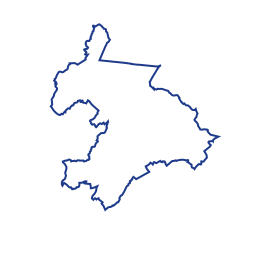 the district of El Arenal, Jalisco, Mexico, rotated 203°
{"feature_id": "50627088B54268846240144", "entity_name": "El Arenal", "entity_type": "district", "adm_level": 2, "iso_a3": "MEX", "parent_name": "Mexico", "parent_adm1": "Jalisco", "projection": "robinson", "projection_center": [-103.666, 20.759], "detail": "fine", "context": "isolated", "style": "outline", "palette": "blue", "viewbox_px": 256, "rotation_deg": 203, "n_neighbors": 0, "source": "geoboundaries", "source_scale": "gbopen_adm2", "svg_char_len": 5871}
<svg xmlns="http://www.w3.org/2000/svg" viewBox="0 0 256 256"><g transform="rotate(203 128 128)"><path d="M59.9,119.9L59.3,120.1L57.3,119.4L55.2,119.1L54.5,117.5L53.7,116.7L53.3,116.6L52.2,116.8L51.2,116.5L50.8,116.2L50.0,119.6L48.7,122.5L47.5,122.7L47.2,123.0L46.7,122.9L46.5,123.2L46.8,123.6L46.7,124.0L46.9,125.0L47.3,125.2L47.4,126.0L46.7,126.0L45.4,126.6L45.1,127.0L44.8,128.7L43.8,131.5L45.2,133.9L48.7,136.5L45.3,143.0L45.1,144.6L46.7,145.1L48.4,146.2L48.3,147.0L48.1,147.4L47.5,147.6L45.8,148.6L45.1,149.3L44.6,149.0L44.9,150.4L44.7,150.8L44.2,151.9L41.4,155.4L49.3,154.1L52.0,155.2L53.5,156.2L53.5,156.9L53.8,157.4L54.8,157.4L55.5,157.1L57.2,156.7L59.4,155.3L61.0,154.9L62.1,155.9L64.1,157.1L64.6,158.1L65.6,159.1L67.0,160.1L69.2,160.8L70.0,161.5L69.8,163.5L69.3,164.8L69.7,166.6L69.7,168.6L71.8,170.3L73.1,172.0L73.7,170.6L74.9,170.1L75.9,169.9L77.7,170.5L78.8,171.4L81.5,172.2L83.6,171.6L85.9,172.6L86.3,171.8L87.3,171.9L88.6,172.8L89.2,172.8L92.6,175.4L92.5,175.9L95.1,177.5L96.5,177.1L98.2,175.9L99.5,175.5L100.5,175.6L102.6,176.5L103.7,176.6L105.4,177.8L112.1,177.3L114.8,176.0L116.1,175.7L116.7,174.6L118.9,174.3L119.6,174.6L119.3,173.8L122.9,175.3L124.0,175.4L126.1,179.2L125.8,179.6L125.5,183.5L123.8,195.0L123.5,196.2L122.7,197.9L122.8,198.0L124.1,196.6L125.4,195.9L142.4,190.6L143.6,190.1L149.6,188.3L149.7,188.5L155.7,186.9L180.7,179.2L180.7,194.1L180.5,196.0L180.6,198.3L179.6,199.5L179.1,202.2L181.3,203.4L184.4,207.8L185.8,208.2L186.1,208.6L186.8,210.1L187.1,210.2L188.2,210.2L188.9,209.9L189.7,210.5L191.2,210.9L191.7,211.4L194.5,212.2L195.1,212.2L197.5,209.0L198.5,208.7L200.0,208.7L200.1,208.4L199.7,207.6L198.4,207.4L198.2,207.2L198.4,206.6L198.1,206.1L198.0,204.8L197.6,204.0L197.6,203.8L198.3,202.9L197.8,201.5L198.1,200.8L198.1,199.7L197.8,199.3L198.0,196.9L197.3,196.3L197.1,195.6L197.1,195.3L197.6,194.8L197.6,193.0L199.3,192.4L200.2,191.4L200.2,190.0L199.8,189.2L199.8,188.7L198.7,187.8L198.2,187.0L196.5,186.7L196.2,186.4L196.3,185.3L196.9,184.6L197.7,184.3L198.1,183.6L198.7,183.5L199.0,183.0L198.9,182.8L197.4,182.1L196.4,181.9L195.7,181.2L196.2,179.9L196.2,179.0L194.7,179.1L193.7,179.8L194.5,175.6L193.7,174.5L199.2,166.6L200.9,166.9L202.2,166.9L203.1,166.6L207.0,164.7L206.4,164.0L207.2,162.9L207.2,161.4L206.7,158.9L206.8,158.3L208.3,156.3L209.3,154.4L210.0,153.7L210.7,153.5L212.2,153.5L212.8,153.2L213.4,152.6L213.7,152.1L214.1,148.9L214.0,146.0L214.1,145.1L214.5,144.6L214.3,144.3L214.3,143.9L214.6,142.9L213.3,142.1L212.8,142.4L212.5,142.3L212.4,140.8L211.7,141.4L211.3,141.3L210.9,140.5L211.3,138.6L211.2,138.1L210.9,137.8L209.0,137.0L208.4,135.8L209.3,129.9L208.8,129.0L208.8,128.3L209.4,124.8L209.4,124.4L207.0,120.1L207.0,119.4L207.5,117.7L206.5,117.3L203.1,115.0L200.0,113.7L197.0,113.1L195.7,113.4L195.2,113.9L194.9,115.0L194.5,115.2L194.2,115.1L193.4,115.2L192.7,118.2L191.8,118.1L192.1,119.1L191.9,120.5L190.8,122.7L189.2,122.9L189.1,125.0L188.5,126.0L188.4,126.7L187.3,127.5L187.5,127.9L187.2,128.5L187.2,129.7L187.0,130.2L185.0,131.5L184.6,132.4L184.7,133.4L183.1,134.7L182.5,134.8L182.3,133.9L181.8,133.4L181.6,133.4L181.4,133.5L181.0,135.0L180.6,135.4L180.2,135.1L179.8,134.2L179.3,133.8L176.5,134.5L176.1,134.4L175.7,137.8L174.2,137.3L174.1,137.5L170.5,135.4L161.9,132.5L162.2,130.3L161.5,129.1L162.3,127.6L162.8,123.9L163.4,123.1L163.7,122.2L165.5,120.7L165.7,119.6L164.6,118.9L163.8,117.8L163.4,117.9L162.9,117.3L162.1,117.1L160.7,118.3L160.0,118.0L159.2,117.4L159.0,117.0L157.7,116.2L157.5,116.3L157.0,118.1L156.6,119.8L155.6,121.3L154.9,121.5L153.8,121.3L152.5,123.4L151.1,122.2L149.4,124.7L149.0,126.2L148.7,125.7L148.9,124.7L148.5,123.8L148.6,122.9L148.3,121.4L148.3,120.6L147.4,119.9L147.5,115.4L147.6,114.7L148.2,114.1L150.8,112.7L152.8,108.7L152.8,108.3L151.9,106.8L151.8,105.3L152.0,104.4L150.8,104.2L150.6,104.1L150.5,103.5L151.4,101.9L151.6,100.5L151.3,98.3L151.5,97.7L151.9,97.4L153.4,96.8L153.9,95.9L154.0,95.5L153.4,94.6L153.6,93.3L153.3,92.0L153.8,91.3L153.3,89.7L154.1,88.4L153.9,87.5L153.4,87.1L152.6,86.9L152.1,85.4L151.6,84.9L151.4,84.3L151.7,84.1L151.8,83.2L152.7,83.0L153.6,81.3L155.2,80.2L155.9,80.5L156.0,80.2L156.5,80.5L157.8,80.0L159.6,79.1L160.2,79.2L162.0,78.4L162.6,77.2L163.1,77.0L164.4,77.1L164.8,76.6L166.9,75.5L167.2,75.1L168.1,76.0L169.9,76.0L171.3,74.4L172.7,73.7L174.9,71.7L174.4,71.0L171.8,70.0L169.5,68.1L169.1,67.4L168.6,65.5L168.4,62.6L168.2,62.0L166.6,60.1L166.2,58.0L166.3,56.2L167.5,54.2L167.7,53.2L167.7,52.3L166.8,50.1L165.8,49.3L165.4,52.5L162.7,52.0L159.2,50.6L158.3,50.5L157.4,51.1L155.5,49.8L155.1,50.0L154.9,50.7L154.0,50.8L153.1,51.4L152.4,52.1L152.3,53.3L151.9,53.5L151.6,53.8L151.0,53.9L150.4,54.5L150.4,55.1L150.3,55.3L150.5,56.8L151.4,58.5L150.0,59.1L148.5,60.0L147.9,61.0L147.5,61.2L146.4,62.4L145.6,62.5L146.2,60.1L145.0,60.3L144.6,60.8L143.8,60.7L140.9,61.7L139.2,59.2L138.7,58.0L137.6,58.5L136.1,59.8L133.5,62.4L133.6,60.1L133.1,59.2L132.8,57.0L133.0,54.9L134.1,51.4L133.8,49.1L131.8,48.4L131.3,49.8L130.8,50.5L129.1,49.9L128.5,51.1L127.6,51.8L126.7,50.8L122.3,49.6L122.7,48.1L120.2,46.8L117.0,43.8L116.8,44.4L115.9,45.7L115.5,46.8L114.4,47.9L113.1,48.6L112.1,49.8L112.0,50.5L111.4,50.5L110.9,51.5L110.5,51.6L108.8,55.5L108.0,55.8L107.7,59.1L108.6,60.1L108.2,62.9L107.3,63.8L106.7,67.4L106.4,73.4L106.1,74.5L105.4,75.3L105.7,76.6L105.7,76.9L104.7,77.9L104.8,78.5L105.4,79.2L105.4,80.0L105.0,80.8L104.6,80.7L104.1,82.5L104.4,82.9L103.9,85.1L100.5,84.1L91.3,95.9L94.3,97.5L95.6,98.5L95.9,99.2L96.3,99.2L96.7,99.6L95.3,101.3L94.1,103.3L93.8,104.8L92.1,104.7L90.9,104.1L90.8,106.7L89.7,106.9L88.2,106.7L85.5,110.3L84.2,109.7L83.3,110.0L83.2,110.4L82.8,110.2L82.3,111.1L81.3,111.5L80.5,111.0L80.4,110.7L80.2,110.7L79.0,109.3L77.6,108.4L74.4,114.9L74.0,114.9L72.8,115.6L71.9,116.6L71.2,116.9L70.7,116.6L68.4,118.5L65.5,120.1L63.0,120.8L62.5,120.6L60.3,121.9L60.0,121.7L59.7,120.9L60.0,120.6L59.9,119.9Z" fill="none" stroke="#1e3a8a" stroke-width="2"/></g></svg>